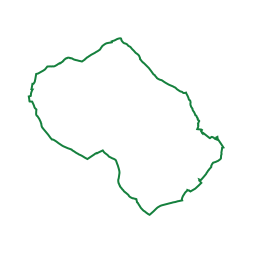 Banisor, Salaj, Romania, rotated 247°
{"feature_id": "2599482B3406770418233", "entity_name": "Banisor", "entity_type": "district", "adm_level": 2, "iso_a3": "ROU", "parent_name": "Romania", "parent_adm1": "Salaj", "projection": "mercator", "projection_center": [22.832, 47.107], "detail": "fine", "context": "isolated", "style": "outline", "palette": "green", "viewbox_px": 256, "rotation_deg": 247, "n_neighbors": 0, "source": "geoboundaries", "source_scale": "gbopen_adm2", "svg_char_len": 5767}
<svg xmlns="http://www.w3.org/2000/svg" viewBox="0 0 256 256"><g transform="rotate(247 128 128)"><path d="M137.9,195.2L137.9,194.6L138.4,193.0L138.7,192.6L139.0,192.4L139.7,192.1L140.1,191.9L140.4,191.6L140.6,191.3L141.2,190.5L142.3,189.7L144.6,188.2L145.9,187.7L147.0,187.1L147.6,186.5L148.9,185.5L149.8,184.6L150.9,183.5L152.1,182.4L155.0,180.2L156.9,178.9L157.1,178.8L158.7,177.8L159.0,177.5L159.9,176.3L161.1,175.2L162.5,174.2L162.8,174.1L163.2,174.1L164.9,173.5L166.4,173.2L167.0,172.7L167.5,172.4L171.2,171.6L175.1,170.6L181.0,168.2L182.3,167.6L182.4,167.4L184.0,166.8L185.6,166.4L186.6,166.0L186.9,166.0L187.2,166.3L187.9,166.4L190.2,166.4L190.7,166.3L192.3,165.6L194.2,164.4L194.8,164.2L197.0,163.5L197.4,163.3L199.4,162.5L201.3,162.0L201.9,161.7L202.9,160.9L203.3,160.5L205.4,159.8L206.4,159.0L207.2,158.1L207.4,157.7L208.0,157.3L208.7,156.9L209.8,156.6L210.2,156.5L210.4,156.4L210.8,156.3L211.4,156.3L212.6,156.5L213.0,156.5L213.3,156.4L213.5,156.1L213.9,154.9L214.0,154.1L214.1,153.2L214.1,152.4L214.0,151.4L213.9,150.5L213.9,149.7L213.9,149.0L214.1,147.8L214.0,147.5L214.1,146.8L213.2,146.6L213.3,146.1L213.5,145.1L213.8,144.2L214.4,141.2L214.2,139.3L213.9,138.0L213.5,136.4L212.6,135.0L212.4,134.6L211.4,133.2L211.1,132.7L210.9,131.6L210.6,130.2L210.4,128.2L210.1,126.6L209.8,122.9L209.3,120.3L209.3,119.9L209.1,119.4L209.0,118.6L208.9,117.7L208.7,117.1L208.5,116.9L208.3,115.7L207.9,115.1L207.8,114.6L207.7,114.2L207.2,111.6L208.6,109.7L208.9,109.2L210.2,107.6L211.0,106.4L211.5,105.9L211.7,105.5L212.5,104.7L213.3,104.1L213.9,103.7L214.3,103.0L214.5,102.9L214.8,102.6L214.8,102.1L215.1,101.8L215.5,101.5L216.0,100.7L216.2,100.3L216.2,99.5L216.1,99.2L216.1,98.9L216.3,98.7L216.2,98.1L216.2,97.8L216.3,97.6L215.9,96.8L215.8,96.3L215.8,96.1L215.2,94.8L215.0,94.7L214.9,94.1L214.6,93.7L214.5,93.0L214.5,92.4L214.2,91.7L214.0,91.2L214.4,90.8L214.1,90.0L214.3,89.8L214.3,89.5L213.8,87.0L213.6,85.1L213.6,84.4L213.7,83.7L214.0,83.1L214.2,82.8L214.4,81.9L214.9,81.0L216.1,77.8L214.4,74.6L214.2,73.9L213.9,72.2L213.7,70.2L213.4,67.6L213.3,66.4L213.6,64.6L208.8,61.5L208.2,61.0L207.6,60.7L206.9,60.1L206.4,59.5L205.6,58.2L205.7,57.8L206.0,57.3L203.5,55.7L202.6,55.1L201.8,54.6L201.4,54.2L201.0,54.6L200.7,55.2L200.2,54.5L199.5,53.8L198.8,53.1L197.7,52.2L197.3,52.0L195.6,51.1L195.5,50.9L195.8,49.0L193.3,48.4L191.3,47.8L190.9,47.8L190.8,48.2L190.4,48.7L189.7,50.1L185.6,50.2L183.7,50.0L182.7,50.1L182.0,50.4L180.9,50.9L180.5,50.8L179.8,50.3L176.8,48.9L176.0,48.7L175.0,48.8L174.2,49.3L173.6,49.4L172.5,49.6L171.9,49.7L171.5,49.8L170.5,49.9L169.7,49.9L167.6,50.0L166.8,49.8L166.0,49.9L164.8,49.5L164.1,49.4L163.3,49.2L162.5,49.2L161.7,49.3L161.4,49.5L161.0,49.5L153.1,51.9L148.8,52.9L147.5,53.4L147.1,53.5L146.9,54.1L146.2,54.9L145.4,55.5L143.5,56.8L141.2,58.1L137.4,60.6L136.5,61.3L132.8,64.8L131.1,66.7L130.7,67.0L130.4,67.4L130.3,67.6L130.1,67.7L129.2,68.0L128.9,68.2L127.6,69.2L126.0,70.2L125.1,70.8L123.8,71.9L123.2,72.2L120.8,74.4L119.3,75.5L117.7,76.6L115.3,78.5L116.7,85.9L116.8,86.5L117.1,87.5L117.2,88.5L117.2,89.2L116.9,89.2L116.8,89.6L117.0,91.2L117.2,96.0L115.0,96.5L114.3,96.8L111.0,98.7L109.1,99.3L108.3,100.0L107.7,100.5L106.1,101.8L105.2,102.8L104.2,103.6L103.3,104.1L103.0,104.2L102.0,104.2L100.6,104.1L99.0,104.0L97.5,104.0L96.8,103.9L94.1,103.6L91.7,103.2L90.2,102.7L89.8,102.5L85.5,99.9L84.0,98.7L82.1,98.0L81.6,98.0L81.1,97.8L80.8,97.8L80.2,97.9L78.9,97.8L78.3,98.0L77.8,97.9L77.6,97.8L77.3,97.8L77.0,98.0L76.1,98.1L75.2,98.5L73.7,98.8L73.4,99.0L72.3,99.4L71.5,99.5L70.8,99.8L70.2,100.2L69.8,100.3L69.1,100.8L68.2,101.2L67.3,101.7L65.8,102.3L65.1,102.3L64.1,102.7L62.8,103.6L62.1,104.2L61.4,104.9L61.1,105.6L60.4,106.3L60.1,106.9L59.6,107.3L59.3,107.9L59.2,107.9L58.6,107.8L58.1,107.6L56.8,107.5L56.4,107.3L55.8,107.4L55.2,107.8L53.1,108.0L52.4,108.2L49.5,108.6L48.1,109.1L46.0,109.9L45.5,110.2L44.9,110.7L42.8,111.8L41.0,112.9L39.7,113.9L39.8,114.5L40.3,115.9L41.3,118.9L42.8,122.7L43.3,124.2L43.7,127.4L43.6,129.0L42.8,134.3L42.5,136.4L42.1,138.8L41.9,140.5L41.4,142.6L41.3,143.5L41.1,145.4L41.0,145.6L40.2,149.6L41.3,149.7L42.4,150.5L43.8,151.9L44.1,152.3L45.1,153.8L46.0,155.0L46.6,156.2L47.0,157.5L47.3,158.0L47.8,158.4L46.6,159.6L46.6,159.8L45.9,160.1L45.8,160.4L45.2,160.7L45.9,166.2L47.5,170.7L48.8,174.0L49.0,173.9L49.5,173.8L50.6,173.6L51.2,173.4L51.7,173.1L52.0,173.5L52.7,173.5L52.0,174.2L51.7,174.7L51.7,175.0L53.6,178.9L55.1,181.8L55.6,182.5L56.0,182.9L56.2,183.1L56.3,183.5L56.9,184.4L57.4,185.0L57.7,185.9L58.0,186.1L59.5,189.3L59.7,189.5L59.9,189.6L60.3,189.6L60.6,189.8L61.9,191.3L62.1,191.6L62.3,192.0L62.8,192.8L62.5,195.5L62.6,196.8L62.5,197.7L63.2,200.8L63.8,201.7L66.0,202.8L66.4,203.0L67.1,203.7L67.3,203.7L67.5,203.8L67.9,204.1L68.2,204.2L68.5,204.2L68.8,204.3L72.2,206.5L72.9,206.8L72.9,207.6L72.8,208.2L77.4,207.4L83.0,206.3L84.9,206.8L84.8,205.5L84.5,205.2L84.0,204.7L83.6,204.6L83.3,204.6L84.2,203.7L85.7,203.1L86.5,202.3L87.0,201.8L87.1,201.6L87.1,201.3L86.7,199.8L86.6,199.5L86.7,199.3L94.0,195.3L94.0,195.0L93.6,194.6L94.1,194.4L94.5,194.2L94.8,194.2L95.1,194.5L96.4,194.0L96.9,194.3L97.1,195.0L97.3,195.3L97.5,195.2L97.8,194.7L98.0,194.7L99.9,191.3L101.4,192.8L102.2,193.4L102.9,193.7L103.1,193.7L103.3,193.6L103.8,193.9L104.2,194.3L104.8,194.2L106.1,195.7L106.4,196.1L106.6,196.3L107.2,196.2L107.6,195.8L108.1,195.6L109.0,195.6L109.3,195.9L110.2,195.9L110.7,195.6L111.3,195.7L111.6,195.7L112.3,195.7L112.7,195.6L113.1,195.4L113.4,195.0L113.6,195.0L113.9,195.0L114.3,195.1L114.5,195.1L115.5,195.1L117.1,195.0L118.1,194.7L119.4,194.6L119.7,194.6L120.6,194.9L121.9,194.6L123.0,194.4L123.5,194.5L124.6,194.5L125.0,194.6L126.2,195.0L126.7,195.4L127.2,195.6L128.5,195.9L129.3,195.8L130.2,195.2L130.7,195.2L132.2,195.4L134.6,195.4L136.3,195.2L137.9,195.2Z" fill="none" stroke="#15803d" stroke-width="2"/></g></svg>